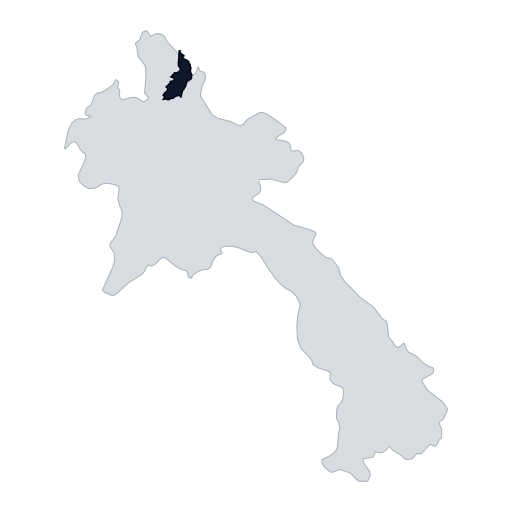 Samphanh, Phôngsali, Laos shown in context
{"feature_id": "54806243B8043974283076", "entity_name": "Samphanh", "entity_type": "district", "adm_level": 2, "iso_a3": "LAO", "parent_name": "Laos", "parent_adm1": "Phôngsali", "projection": "albers", "projection_center": [102.522, 21.656], "detail": "fine", "context": "in_parent", "style": "filled", "palette": "ink", "viewbox_px": 512, "rotation_deg": 0, "n_neighbors": 0, "source": "geoboundaries", "source_scale": "gbopen_adm2", "svg_char_len": 8032}
<svg xmlns="http://www.w3.org/2000/svg" viewBox="0 0 512 512"><path d="M164.7,36.9L167.4,42.0L180.1,55.6L182.3,59.3L187.0,62.1L190.9,74.2L192.5,74.9L194.7,74.1L196.3,72.4L197.6,67.7L198.5,67.2L199.9,71.0L203.5,72.2L205.0,73.9L205.5,76.8L205.0,79.8L202.0,86.6L200.3,95.9L212.8,115.6L218.1,118.3L230.6,121.5L239.1,125.8L243.0,124.7L246.8,119.8L251.3,117.0L259.6,112.7L262.1,112.4L266.7,114.1L274.4,118.9L286.1,128.0L285.7,130.4L283.7,132.9L277.5,136.6L275.6,139.0L276.8,139.8L282.0,140.3L288.1,142.3L290.0,144.7L291.1,150.2L292.2,151.2L297.8,150.5L299.6,151.3L301.6,153.0L303.7,157.5L303.7,161.0L298.2,167.1L297.6,170.7L294.7,175.0L287.1,182.3L285.0,182.8L270.7,179.0L259.3,179.7L258.4,181.2L260.3,185.5L260.9,189.8L259.2,193.1L252.7,197.5L252.5,199.3L253.8,201.2L263.4,205.0L294.1,225.3L308.0,229.1L314.2,231.6L315.8,233.1L315.8,234.9L314.2,237.2L312.9,241.3L312.9,243.7L314.4,246.1L316.9,249.6L325.6,257.3L331.9,259.0L338.7,267.9L340.8,275.8L344.1,280.8L360.4,297.5L374.0,307.6L382.2,318.7L386.1,321.2L387.4,325.2L388.8,337.1L393.6,343.0L394.6,345.3L396.7,347.0L398.9,347.3L403.5,343.3L404.5,343.8L406.8,350.0L408.8,352.3L416.0,355.9L423.7,363.3L427.9,365.9L433.0,367.9L433.8,370.3L433.0,372.7L431.4,374.3L422.8,379.0L421.6,380.9L427.7,390.4L442.7,401.9L447.5,408.9L446.6,412.4L442.8,419.5L439.9,421.5L439.1,423.7L441.6,429.3L441.6,438.1L438.8,440.3L436.4,445.7L434.6,446.2L430.1,444.3L420.9,453.9L416.8,453.5L412.2,458.8L406.1,459.6L401.8,455.9L392.6,450.0L389.3,446.2L386.6,449.6L381.9,452.9L375.2,451.9L373.5,456.6L372.2,457.5L364.1,458.5L362.6,459.2L364.0,463.4L369.0,470.4L370.5,474.5L367.7,481.3L359.3,481.3L355.4,478.6L350.5,473.0L339.7,469.5L332.6,472.2L330.4,472.1L324.9,467.5L322.8,464.4L321.5,459.9L329.7,456.0L333.8,453.1L336.4,449.9L337.5,446.7L338.6,433.4L339.7,428.7L338.9,423.0L336.6,418.5L336.5,411.7L337.5,406.2L340.6,403.4L342.7,399.4L343.8,390.6L342.8,388.3L339.7,386.2L334.5,384.2L331.2,381.7L329.8,378.5L329.9,375.8L331.4,373.4L327.5,370.8L318.2,368.0L312.9,364.6L311.8,360.5L307.8,355.2L301.1,348.7L297.4,339.1L296.9,326.7L297.5,316.5L300.2,304.7L296.3,296.2L292.0,291.8L286.0,288.5L280.3,283.9L274.9,277.8L268.5,268.7L260.9,256.8L255.9,251.4L253.3,252.7L247.9,251.6L239.7,248.2L232.6,246.3L226.5,246.1L222.6,246.9L220.7,248.8L220.6,250.6L222.1,252.4L221.3,253.8L218.1,254.8L215.6,256.8L212.7,261.2L210.7,267.0L207.7,269.3L203.0,269.8L198.4,271.4L193.9,274.3L191.8,276.4L192.0,277.9L191.0,278.2L188.8,277.4L187.8,275.5L187.9,272.4L185.6,270.4L180.8,269.4L175.4,266.1L165.2,257.8L162.8,257.4L159.5,259.6L155.1,264.2L151.4,266.1L148.6,265.1L146.3,266.7L144.8,271.0L141.9,274.3L128.0,283.2L115.5,294.7L112.3,295.7L104.8,292.4L102.4,290.1L113.0,266.5L114.6,260.7L114.3,253.1L110.0,246.7L109.9,244.9L110.6,242.9L115.9,235.6L122.1,216.7L121.8,210.8L119.2,204.3L117.8,198.1L119.1,189.7L118.6,186.5L115.8,184.8L106.4,183.1L101.0,184.4L98.4,186.6L95.3,188.0L89.4,188.7L83.8,185.8L79.2,180.9L78.2,175.0L84.2,162.4L85.6,157.5L85.5,155.2L84.5,152.8L83.1,152.5L80.2,149.4L77.4,144.1L74.7,141.7L72.1,142.1L69.7,144.0L65.7,149.0L64.5,148.3L68.2,130.8L71.5,123.4L75.4,120.0L79.4,118.6L83.7,119.2L87.2,118.6L90.1,116.8L89.9,115.8L86.5,115.5L85.2,113.4L85.9,109.7L87.4,107.3L89.8,106.2L92.1,102.5L94.3,96.1L97.0,92.9L100.1,92.9L105.4,90.2L113.0,84.8L116.0,79.6L118.8,82.0L117.7,88.1L119.2,89.4L119.8,91.6L119.4,94.9L120.0,97.8L121.2,99.2L122.8,100.0L130.8,97.5L135.7,97.4L143.7,101.9L148.4,98.6L148.5,97.4L144.6,93.2L145.9,77.8L145.4,66.1L138.9,57.4L137.6,54.0L137.0,48.3L135.2,43.4L139.9,39.6L142.4,32.4L145.7,30.7L146.8,31.0L150.7,36.4L155.8,33.7L159.7,33.7L163.0,35.2L164.7,36.9Z" fill="#d9dde1" stroke="#a8b0b8" stroke-width="1"/><path d="M163.3,99.4L163.8,99.4L164.8,99.2L165.0,98.8L165.8,98.5L166.2,98.6L166.3,98.7L166.4,99.0L166.5,99.3L167.5,99.6L167.9,99.6L168.3,99.6L168.7,99.6L169.2,99.6L169.3,99.5L169.5,99.4L170.3,98.8L170.8,98.5L171.0,98.4L172.4,98.4L172.9,98.3L173.4,98.1L173.6,98.0L173.9,97.5L174.3,97.2L174.3,96.9L174.5,96.8L174.7,96.6L174.8,96.5L175.1,96.6L176.2,96.1L176.5,96.0L177.1,95.8L177.6,95.4L177.8,95.5L178.4,95.3L178.6,95.3L178.8,95.5L179.1,95.5L179.3,95.7L179.5,95.6L179.8,95.7L179.9,95.8L180.1,95.9L180.3,96.4L180.4,96.5L180.6,96.7L180.7,97.0L181.0,97.0L181.1,96.8L181.1,96.6L181.2,96.3L181.3,96.2L181.3,95.8L181.3,95.1L181.6,94.5L181.7,93.7L182.0,93.2L182.1,92.7L182.1,92.0L182.4,91.5L182.8,90.2L183.1,89.9L183.7,89.6L183.9,88.8L184.2,88.4L184.7,87.7L185.7,86.0L185.9,85.0L186.2,83.8L186.6,82.7L187.2,80.9L187.8,80.8L188.5,80.8L189.0,80.4L189.6,79.7L190.6,79.1L191.1,78.9L191.5,78.1L191.6,77.6L191.4,77.3L191.2,76.6L191.5,76.6L191.5,76.4L191.6,75.7L191.8,75.3L191.7,75.3L191.6,75.2L191.5,74.9L191.3,74.5L191.2,74.4L191.2,74.1L190.9,74.0L191.0,73.8L191.2,73.7L191.0,73.4L191.0,73.2L190.8,72.9L190.8,72.4L190.7,72.3L190.7,72.1L190.6,71.9L190.4,71.9L190.5,71.7L190.4,71.6L190.4,71.4L190.2,71.4L190.1,71.2L190.2,70.9L190.2,70.7L190.3,70.7L190.2,70.4L190.3,70.2L190.2,70.2L190.3,70.0L190.2,69.8L190.3,69.6L190.4,69.3L190.4,69.2L190.6,69.0L190.6,68.9L190.7,68.6L190.8,68.6L190.9,68.3L190.9,68.2L190.9,67.9L190.8,67.6L190.5,67.5L190.3,67.3L190.2,67.2L190.3,66.9L190.2,66.8L190.3,66.6L190.3,66.3L190.3,66.0L190.2,66.0L190.2,65.9L190.2,65.7L189.9,65.1L190.1,64.7L190.0,64.4L189.8,64.5L189.7,64.4L189.2,64.1L189.3,63.9L189.1,63.9L188.9,63.8L188.7,63.8L188.5,63.7L188.4,63.5L188.3,63.4L188.5,63.3L188.5,63.2L188.6,62.9L188.6,62.7L188.8,62.6L188.9,62.3L188.8,62.1L188.7,61.7L188.5,61.4L188.3,61.1L188.1,61.1L187.9,61.0L187.7,61.0L187.5,60.9L187.3,60.8L187.1,60.8L187.0,60.7L186.9,60.6L186.7,60.5L186.3,60.4L186.1,60.3L186.1,60.2L185.9,60.1L186.0,60.0L185.8,60.0L185.3,59.6L185.2,59.5L184.9,59.4L184.8,59.2L184.5,59.1L184.2,59.0L184.1,58.9L183.9,58.8L183.7,58.8L183.5,58.7L183.4,58.6L183.2,58.4L183.1,58.1L182.9,58.0L182.9,57.8L182.7,57.8L182.6,57.6L182.4,57.4L182.3,57.2L182.3,56.9L182.3,56.7L182.5,56.5L182.6,56.3L182.9,56.3L183.1,56.3L183.3,56.3L183.7,55.9L184.0,55.8L183.9,55.6L183.8,55.4L183.7,55.3L183.6,55.2L183.4,55.1L183.2,55.2L182.9,55.0L182.7,55.2L182.3,54.9L182.2,54.8L182.1,54.6L181.9,54.5L181.7,54.1L181.6,53.7L181.4,53.8L181.0,53.5L180.9,53.4L180.7,53.3L180.6,53.2L180.3,53.1L180.2,53.1L180.0,52.9L180.3,52.8L180.3,52.6L180.2,52.5L180.2,52.4L179.9,52.2L180.0,51.9L180.0,51.7L179.9,51.3L179.8,51.2L179.7,51.0L179.8,50.9L179.7,50.9L179.3,50.9L179.4,51.1L179.3,51.5L179.2,51.7L179.0,52.4L179.0,53.4L179.0,53.8L178.9,54.7L178.9,55.9L178.8,57.0L178.9,57.3L178.9,57.7L178.9,58.5L178.7,59.1L178.7,59.5L178.7,60.5L178.5,61.5L178.5,62.4L178.4,62.6L178.4,63.8L178.4,64.4L178.4,65.0L178.5,65.7L178.8,66.3L179.3,67.0L179.5,67.4L179.7,67.7L179.9,67.9L180.2,68.1L180.4,68.4L180.5,68.8L180.5,69.0L180.4,69.4L180.3,69.5L180.2,69.8L180.0,70.3L179.6,70.9L179.2,71.3L177.8,72.3L177.0,72.6L176.3,72.8L176.0,72.9L175.8,73.0L175.7,72.9L175.4,72.8L175.2,72.8L174.9,72.7L174.6,72.7L174.5,72.9L174.3,73.2L174.2,73.2L174.2,73.4L174.2,73.7L174.1,73.9L174.0,74.1L173.9,74.2L173.5,74.4L173.3,74.5L172.6,74.8L172.5,75.0L172.7,75.3L172.5,75.5L172.4,75.6L172.1,75.9L171.9,76.2L171.9,76.4L171.4,76.6L171.2,76.6L170.9,76.8L171.4,77.1L172.0,77.3L172.8,77.6L173.1,77.9L173.7,78.1L174.3,78.9L174.6,79.3L174.4,80.0L173.9,80.2L173.4,80.7L173.3,81.0L172.3,81.1L171.9,81.1L171.6,81.1L171.1,81.4L170.6,81.5L170.3,81.6L170.1,81.8L170.1,82.0L170.3,82.2L170.6,82.3L170.9,82.4L170.8,83.1L170.5,83.2L170.0,83.5L169.2,84.0L168.8,84.1L168.6,84.3L168.5,84.6L168.5,84.9L168.2,85.3L168.0,85.2L167.7,85.5L167.4,85.9L166.7,86.1L166.5,86.3L166.2,87.2L166.3,87.3L166.6,87.4L166.9,87.6L167.3,87.8L167.5,88.2L167.4,88.6L167.6,89.0L167.8,89.5L167.7,89.9L167.6,90.1L167.4,90.2L167.1,90.6L167.0,90.8L166.8,91.1L166.7,91.2L166.3,91.6L166.4,92.0L166.3,92.3L165.9,92.6L165.7,92.6L165.1,92.5L164.8,92.6L164.7,92.7L164.7,92.8L164.9,92.9L165.0,92.9L164.8,93.2L164.8,93.3L164.7,93.4L164.6,93.5L164.3,93.7L164.2,93.9L163.8,94.2L163.6,94.5L163.3,95.0L163.1,95.2L163.1,95.3L163.7,95.6L163.9,95.9L164.3,96.2L164.6,96.4L164.6,96.5L164.5,96.9L164.3,97.3L164.0,98.0L164.0,98.3L163.7,98.6L163.4,99.3L163.3,99.4Z" fill="#0f172a" stroke="#020617" stroke-width="1.5"/></svg>